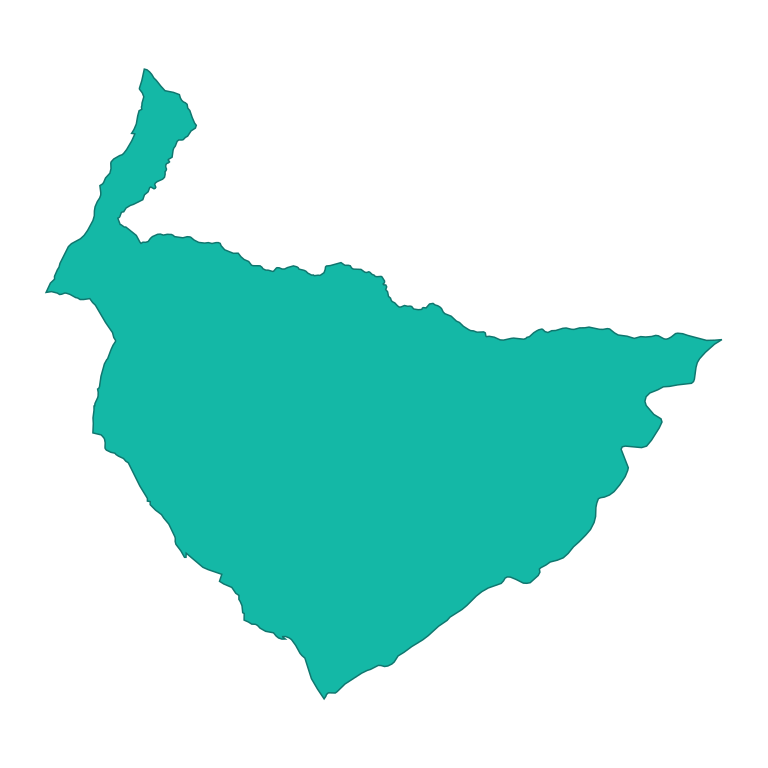 the district of Ciénega, Boyacá, Colombia
{"feature_id": "7082276B91225455065481", "entity_name": "Ciénega", "entity_type": "district", "adm_level": 2, "iso_a3": "COL", "parent_name": "Colombia", "parent_adm1": "Boyacá", "projection": "albers", "projection_center": [-73.291, 5.4], "detail": "fine", "context": "isolated", "style": "filled", "palette": "teal", "viewbox_px": 768, "rotation_deg": 0, "n_neighbors": 0, "source": "geoboundaries", "source_scale": "gbopen_adm2", "svg_char_len": 6070}
<svg xmlns="http://www.w3.org/2000/svg" viewBox="0 0 768 768"><path d="M721.9,339.6L714.8,340.2L706.6,340.4L687.7,335.4L682.7,333.7L677.7,333.2L675.5,333.6L671.4,336.9L668.3,338.6L666.1,339.2L663.9,338.8L658.4,335.8L655.7,335.4L651.6,336.5L645.6,337.0L640.7,336.6L634.3,338.4L627.1,336.2L618.2,335.0L614.5,332.9L609.7,329.0L607.4,328.6L603.0,329.4L599.4,329.3L589.0,327.1L584.8,327.8L579.6,327.9L574.1,329.4L571.5,329.3L566.2,328.0L562.8,328.3L555.7,330.5L551.7,330.7L547.9,332.5L545.0,331.6L542.6,329.3L541.7,329.1L538.8,329.8L536.8,330.8L533.8,332.7L529.4,336.7L526.8,337.4L525.8,338.5L523.7,339.2L513.6,338.1L511.1,338.4L503.5,340.1L500.2,339.9L494.3,337.2L489.3,336.3L486.4,336.6L485.9,336.1L485.3,332.9L483.7,331.9L477.0,332.2L473.6,330.9L470.6,330.6L468.6,329.6L463.4,326.3L459.5,322.5L456.4,321.1L451.2,316.2L444.9,313.7L443.2,312.0L441.5,308.5L439.9,307.0L437.7,305.7L435.2,305.0L433.0,303.4L429.5,304.0L426.1,307.9L423.2,307.6L422.4,308.1L421.8,309.3L421.1,309.5L418.2,309.7L414.2,309.1L413.5,308.8L411.7,306.5L410.0,306.1L407.7,306.3L404.5,305.5L400.9,307.0L399.3,307.1L397.6,305.9L394.8,302.9L392.1,301.5L391.2,300.2L390.5,298.1L388.5,296.4L387.6,291.8L385.7,289.5L386.7,286.9L385.8,285.0L383.8,284.8L383.2,284.2L383.2,283.8L384.4,282.8L384.6,281.1L382.0,276.9L381.1,276.4L377.0,276.7L375.2,276.4L374.2,275.2L372.1,274.4L369.8,272.2L368.8,271.8L366.7,272.5L364.8,272.2L361.0,269.4L353.4,269.1L351.6,268.0L350.3,265.8L348.5,265.3L344.9,265.3L341.0,262.6L330.2,265.6L326.4,266.0L325.5,267.0L325.2,269.4L324.0,272.7L320.1,275.4L318.1,275.2L314.2,275.7L313.5,275.0L311.6,275.1L307.8,273.1L305.9,271.2L304.0,270.3L299.0,269.1L298.2,267.7L296.8,266.8L293.4,265.9L287.4,267.6L284.6,269.0L282.1,269.0L279.2,267.8L277.1,267.7L276.4,268.0L273.5,271.3L272.4,271.4L268.4,270.2L265.7,270.1L263.0,268.8L261.9,267.2L260.0,265.8L253.1,265.7L251.5,265.2L248.7,261.5L244.1,259.5L240.9,256.7L238.2,253.2L233.3,253.3L224.7,249.8L221.1,245.7L220.2,243.4L218.4,242.6L216.1,242.6L212.0,243.5L208.3,242.6L204.7,243.1L198.7,242.4L194.2,240.1L190.7,237.2L189.7,236.9L187.2,236.7L182.9,237.8L174.4,236.6L173.6,235.6L171.5,234.5L167.2,234.3L163.4,235.1L160.4,234.1L157.6,234.3L152.4,236.6L150.4,238.4L148.2,241.5L145.7,242.3L142.9,242.2L141.0,243.4L139.9,242.1L136.3,235.4L125.8,227.0L124.4,227.1L121.0,224.7L120.2,224.5L117.8,218.2L119.2,217.5L119.8,216.7L121.3,212.6L122.5,211.9L123.7,211.8L126.1,208.0L130.4,205.4L133.4,204.4L142.8,199.7L144.5,194.8L148.1,191.8L149.7,187.6L150.8,187.0L154.0,188.8L155.2,188.3L155.8,187.2L154.7,184.4L155.3,183.1L157.2,181.6L162.6,179.2L164.5,177.3L165.1,174.5L165.1,171.5L166.0,170.7L166.5,169.1L165.7,166.9L165.9,164.6L166.9,163.4L168.5,162.8L169.5,161.9L169.4,161.3L168.4,160.6L168.3,159.5L172.1,157.2L173.1,150.1L173.8,148.1L175.3,146.1L177.1,141.4L178.7,140.0L182.0,140.0L183.3,139.6L185.4,137.4L187.6,136.2L191.1,130.9L195.4,128.1L196.3,125.3L194.6,123.1L192.2,117.5L189.8,110.5L187.8,108.2L187.1,104.3L185.2,102.7L183.4,101.9L181.7,100.3L180.4,98.0L179.4,94.6L173.5,92.4L165.0,90.7L160.9,86.2L156.4,80.5L153.8,77.9L151.8,74.5L149.6,71.9L147.0,69.8L144.3,69.1L141.8,80.6L139.4,88.3L139.5,89.2L142.3,92.9L143.8,96.8L142.0,103.1L141.9,105.5L141.4,107.0L141.8,109.3L139.1,110.7L137.7,115.9L136.3,124.0L134.0,129.4L131.6,133.4L134.1,133.7L134.8,133.9L134.6,134.5L131.7,140.9L126.6,149.6L123.8,153.2L122.2,154.7L119.6,155.6L113.7,159.0L111.2,161.8L110.8,163.1L111.0,168.7L109.9,173.2L105.5,178.0L103.7,182.3L102.6,183.9L99.9,185.6L100.8,192.9L100.7,195.1L99.7,197.9L97.3,201.6L95.1,206.7L94.4,210.9L94.3,215.8L92.9,220.6L87.6,230.4L84.1,235.4L80.4,238.8L71.4,243.7L68.4,246.6L60.0,263.3L59.0,267.2L57.4,269.7L54.5,276.3L54.5,279.2L50.4,283.1L46.1,292.4L51.5,291.6L57.4,293.1L59.6,294.5L61.7,294.2L64.9,293.0L66.7,293.3L70.0,294.4L75.7,297.6L77.5,297.9L80.1,299.5L83.7,299.5L89.8,298.6L92.6,302.5L95.4,305.2L105.6,322.6L112.5,332.6L113.8,337.6L115.5,340.2L115.5,341.5L113.1,345.1L111.2,349.2L107.6,358.8L106.7,359.7L104.4,363.9L101.0,376.2L99.5,386.7L98.8,388.2L97.6,389.1L98.2,392.2L98.1,396.0L97.7,397.6L95.0,403.4L94.7,405.9L94.0,406.0L94.0,410.2L93.0,417.9L93.3,423.5L92.9,432.9L101.2,434.9L103.8,437.8L104.5,439.1L105.2,442.8L105.0,447.4L105.2,448.6L106.4,450.1L110.9,452.3L114.9,453.2L116.0,454.5L118.4,456.1L123.5,458.5L125.8,461.2L128.3,462.8L139.9,486.1L147.4,498.4L147.4,501.1L150.2,501.6L150.2,504.7L155.5,510.1L161.5,514.6L163.7,518.0L168.8,524.1L174.9,536.8L175.3,538.5L175.2,541.5L175.9,544.3L180.8,550.8L184.5,557.3L186.0,557.3L186.2,553.2L202.9,567.3L208.1,569.6L221.8,574.3L219.5,581.3L223.8,584.0L231.8,587.4L235.8,593.3L238.9,595.4L238.9,599.4L240.2,601.5L242.0,605.7L242.7,612.7L244.2,613.5L244.1,620.1L248.4,622.0L251.7,624.1L255.4,624.3L256.3,624.7L257.7,625.6L260.1,628.2L265.6,631.3L273.5,632.8L276.2,636.1L278.6,638.0L281.9,639.1L285.3,639.0L282.9,637.3L282.7,636.6L285.7,636.5L289.2,637.9L291.5,639.6L295.7,645.4L300.1,653.4L302.0,655.6L304.9,658.1L311.4,678.6L317.4,688.9L324.1,698.9L325.8,696.4L326.5,694.5L328.4,692.8L335.3,693.0L337.1,691.7L345.0,684.0L361.6,673.2L367.3,670.4L370.5,669.4L378.3,665.4L381.0,665.5L384.5,666.5L387.8,666.0L391.9,664.0L394.2,662.0L398.1,655.9L404.0,652.3L411.7,646.6L422.8,639.8L428.3,635.6L438.6,626.2L447.1,620.4L450.0,617.1L462.0,609.5L467.0,605.3L476.2,596.1L481.9,591.6L488.2,588.0L501.2,583.4L503.5,580.9L505.1,578.1L507.4,576.9L510.4,577.1L516.0,579.4L523.3,583.1L526.8,583.3L530.2,582.7L538.2,575.5L539.9,572.2L539.4,569.0L540.7,567.8L546.0,565.0L550.2,562.0L557.3,560.2L563.3,557.8L568.2,553.4L573.5,546.8L579.0,541.9L585.8,535.0L590.5,529.5L594.1,522.5L595.6,516.5L595.9,507.5L596.8,503.0L598.4,498.7L600.6,497.7L604.3,497.1L609.5,495.0L614.1,491.6L619.7,484.9L625.2,476.6L627.7,470.5L628.3,467.7L621.1,449.2L622.3,446.8L625.4,446.1L641.6,447.6L646.6,446.1L651.5,440.2L659.2,428.0L662.0,422.0L661.0,418.8L653.8,414.4L646.2,405.5L644.9,401.3L646.1,396.7L649.8,393.0L657.8,389.8L663.4,386.8L669.5,386.4L677.6,384.9L691.5,383.3L693.5,381.6L694.4,379.2L696.0,367.4L697.3,362.6L699.6,358.7L705.3,352.4L714.5,344.2L721.9,339.6Z" fill="#14b8a6" stroke="#0f766e" stroke-width="1.5"/></svg>